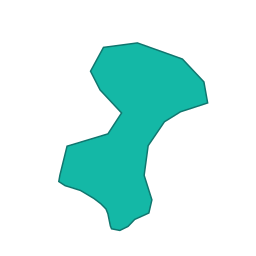 an SVG outline of Kinmen, rotated 310°
{"feature_id": "TWN-3415", "entity_name": "Kinmen", "entity_type": "County", "adm_level": 1, "iso_a3": "TWN", "parent_name": "Taiwan", "parent_adm1": "", "projection": "mercator", "projection_center": [118.347, 24.459], "detail": "fine", "context": "isolated", "style": "filled", "palette": "teal", "viewbox_px": 256, "rotation_deg": 310, "n_neighbors": 0, "source": "natural_earth", "source_scale": "10m", "svg_char_len": 509}
<svg xmlns="http://www.w3.org/2000/svg" viewBox="0 0 256 256"><g transform="rotate(310 128 128)"><path d="M147.4,62.8L174.0,57.4L199.2,80.5L215.8,125.4L212.1,156.5L198.4,172.9L174.2,157.8L156.2,151.9L127.4,154.8L102.1,170.8L88.3,192.5L76.3,198.6L62.3,191.9L52.7,191.3L44.3,187.6L40.2,180.2L41.6,177.5L49.4,167.7L51.8,163.2L52.5,155.9L52.1,147.2L49.6,131.7L43.4,116.9L42.5,109.4L48.0,106.2L74.9,93.0L110.6,116.4L135.4,113.4L139.2,82.2L147.4,62.8Z" fill="#14b8a6" stroke="#0f766e" stroke-width="1.5"/></g></svg>